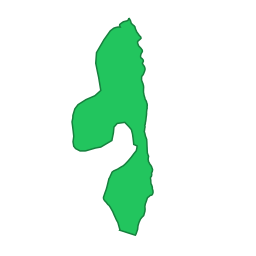 Caye Manje', Gros Islet, Saint Lucia, rotated 136°
{"feature_id": "8701671B43134404703092", "entity_name": "Caye Manje'", "entity_type": "district", "adm_level": 2, "iso_a3": "LCA", "parent_name": "Saint Lucia", "parent_adm1": "Gros Islet", "projection": "robinson", "projection_center": [-60.937, 14.067], "detail": "fine", "context": "isolated", "style": "filled", "palette": "green", "viewbox_px": 256, "rotation_deg": 136, "n_neighbors": 0, "source": "geoboundaries", "source_scale": "gbopen_adm2", "svg_char_len": 3691}
<svg xmlns="http://www.w3.org/2000/svg" viewBox="0 0 256 256"><g transform="rotate(136 128 128)"><path d="M196.7,45.9L195.4,46.4L191.5,48.4L188.8,50.7L185.8,52.4L182.3,53.8L179.8,54.1L177.6,54.1L175.8,55.1L173.6,56.4L173.3,56.6L173.1,56.9L172.2,57.6L170.3,59.9L168.2,61.4L165.7,62.6L162.7,64.2L161.7,64.3L160.9,64.1L158.9,64.1L158.2,63.6L157.2,63.2L156.0,63.5L154.8,64.2L153.7,65.4L152.6,67.5L151.8,68.3L151.3,69.1L150.5,70.8L150.2,71.9L149.2,73.2L147.9,74.6L146.9,76.1L145.8,77.0L144.9,76.9L144.2,77.3L143.3,78.0L142.3,79.3L140.8,79.8L139.3,80.9L139.2,81.1L138.7,82.0L138.6,82.4L138.1,83.3L137.8,84.1L137.7,84.6L137.5,85.5L137.4,86.7L137.3,87.2L137.0,87.9L136.8,88.8L136.6,89.4L136.6,89.7L136.2,90.1L135.8,90.6L135.3,91.5L134.9,91.8L134.5,92.1L134.4,92.2L133.8,92.7L133.0,93.2L132.7,93.6L132.5,94.3L132.3,94.7L131.9,95.6L131.6,96.2L131.6,96.4L129.0,99.4L127.9,100.6L127.5,101.1L126.7,102.0L124.1,104.9L123.2,106.0L122.5,106.8L121.6,108.8L121.1,110.1L120.9,110.3L120.2,111.5L119.5,112.6L119.1,113.5L118.9,113.9L118.8,114.2L118.5,114.3L117.4,115.1L116.6,115.8L116.1,116.2L115.4,116.6L114.8,117.2L114.4,117.6L114.3,118.0L114.0,118.4L113.3,118.6L112.6,119.0L111.9,119.7L110.7,120.5L109.5,121.4L107.5,123.1L106.3,124.0L104.9,125.2L104.3,125.8L103.6,126.6L102.8,127.2L101.8,128.1L100.9,128.6L100.5,128.9L99.8,129.7L99.2,130.3L98.4,130.9L97.4,132.2L97.2,132.9L96.6,133.8L96.2,134.6L95.9,135.9L95.7,136.8L94.8,138.2L94.0,139.9L93.5,140.7L93.3,141.1L93.0,141.5L92.6,142.0L92.2,142.7L91.5,143.5L90.0,145.0L89.3,145.7L89.1,145.8L88.6,146.3L88.0,147.0L87.4,147.8L86.8,149.0L86.4,149.6L86.3,150.0L85.0,153.0L83.0,155.0L82.4,155.5L82.0,155.6L80.4,155.8L79.1,156.2L77.9,156.8L77.1,157.1L76.4,157.5L75.3,158.1L74.8,158.6L74.3,159.2L73.9,160.0L73.5,160.9L73.3,162.1L73.3,162.6L73.2,163.1L73.0,163.7L72.9,164.2L72.5,164.6L72.2,164.8L71.4,165.0L70.5,165.4L70.4,165.6L69.9,166.2L69.8,167.0L69.7,168.0L69.7,168.4L70.0,169.1L69.8,169.4L69.8,170.0L69.7,170.3L69.4,170.6L68.7,171.2L68.3,171.6L67.4,172.1L66.5,172.5L65.5,172.7L64.5,173.1L64.2,173.3L63.6,174.3L63.6,174.6L63.4,175.8L63.3,176.8L63.3,178.7L63.3,179.5L63.2,180.0L63.0,180.4L62.4,181.8L62.1,182.4L61.8,182.8L61.6,182.9L60.9,183.6L60.0,183.5L59.6,183.5L58.9,183.5L57.0,183.4L56.6,183.5L56.3,183.5L55.9,184.1L55.6,184.6L55.6,184.9L55.6,186.0L55.6,187.4L55.4,187.7L55.3,188.3L55.3,188.6L55.3,189.0L55.2,189.4L55.1,189.8L55.1,190.5L55.0,190.9L54.2,193.0L54.1,193.5L53.3,195.0L53.1,195.4L52.7,196.1L52.8,196.3L52.6,197.1L52.8,198.4L52.9,200.4L52.9,201.0L52.4,202.1L51.7,203.4L51.3,204.7L51.0,206.6L51.1,206.4L51.3,206.3L52.6,205.6L53.5,205.6L54.6,205.9L55.3,206.4L56.4,207.0L57.1,207.4L57.8,207.7L59.0,207.9L60.4,208.1L62.0,208.2L62.8,207.6L63.4,206.0L64.3,206.9L65.4,207.8L67.0,208.8L68.9,209.7L73.2,210.2L83.9,208.2L98.3,204.1L106.2,197.0L111.2,189.2L114.0,184.7L121.5,173.9L129.4,174.2L138.5,177.6L147.7,179.5L152.9,178.7L158.8,175.4L160.8,173.5L164.0,171.3L169.9,163.4L170.0,163.3L172.8,159.7L177.1,156.3L179.7,152.6L180.0,149.6L178.4,144.8L174.4,141.0L165.3,136.2L160.8,133.2L154.5,131.7L148.3,130.2L141.8,134.7L137.5,138.4L132.6,138.8L126.4,134.3L126.4,128.3L126.7,124.5L128.9,120.6L131.4,117.2L134.0,113.8L135.3,112.2L133.9,108.8L135.3,107.6L137.8,105.9L141.8,105.4L145.9,104.7L150.9,104.2L154.9,104.0L157.6,104.1L160.2,104.8L164.0,105.6L168.2,107.1L170.2,107.3L171.3,106.8L173.9,105.8L175.5,105.1L177.1,104.7L178.6,103.7L183.5,100.6L186.4,98.9L189.7,97.3L191.8,96.2L193.8,95.2L194.8,94.0L195.3,92.1L195.3,89.8L195.6,87.0L195.4,85.5L195.7,83.7L196.6,80.2L197.0,78.6L198.5,74.7L199.0,73.2L199.7,71.3L200.3,69.5L200.9,67.1L203.0,63.2L204.2,61.0L204.4,60.4L205.0,60.3L197.2,45.8L196.7,45.9Z" fill="#22c55e" stroke="#15803d" stroke-width="1.5"/></g></svg>